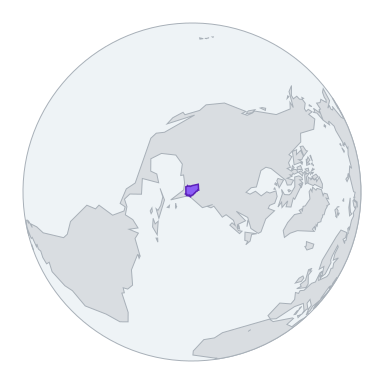 Georgia highlighted on a globe, orthographic projection, rotated 85°
{"feature_id": "USA-3543", "entity_name": "Georgia", "entity_type": "State", "adm_level": 1, "iso_a3": "USA", "parent_name": "United States of America", "parent_adm1": "", "projection": "orthographic", "projection_center": [-82.629, 32.682], "detail": "fine", "context": "on_globe", "style": "filled", "palette": "violet", "viewbox_px": 384, "rotation_deg": 85, "n_neighbors": 0, "source": "natural_earth", "source_scale": "10m", "svg_char_len": 11437}
<svg xmlns="http://www.w3.org/2000/svg" viewBox="0 0 384 384"><g transform="rotate(85 192 192)"><circle cx="192" cy="192" r="169" fill="#eef3f6" stroke="#a8b0b8"/><path d="M205.0,261.4L200.9,259.9L197.1,264.6L183.2,257.2L178.1,247.8L134.8,228.3L130.3,222.5L130.1,214.2L115.6,182.7L122.0,210.9L116.3,204.6L111.8,194.0L114.4,192.3L111.4,177.3L106.4,170.4L106.2,151.9L116.5,131.2L118.1,135.4L120.4,130.4L118.6,124.9L116.8,122.6L122.2,101.3L117.8,86.9L111.1,86.6L116.7,83.7L100.4,86.6L94.6,83.6L104.4,84.6L108.0,82.9L105.7,79.3L108.8,76.9L109.5,73.9L113.4,71.5L118.9,72.7L121.6,71.3L119.8,69.0L122.6,65.4L124.8,69.0L130.0,63.3L140.1,65.3L142.9,78.7L151.7,79.3L163.3,92.2L165.5,89.5L171.3,93.3L176.0,91.8L176.8,95.1L179.9,91.1L178.2,88.5L179.0,85.9L181.7,84.9L183.2,88.7L182.0,89.8L183.8,90.4L183.5,92.9L185.1,91.1L186.6,96.1L189.1,89.8L193.5,92.7L193.4,96.5L188.3,97.8L175.5,111.2L173.8,116.2L176.6,121.5L192.6,127.4L192.9,132.6L197.0,138.2L199.2,134.4L196.8,128.7L201.9,123.4L198.3,117.5L199.8,114.6L198.2,108.3L203.9,107.6L210.4,110.6L212.1,115.9L215.0,117.5L217.9,111.4L225.3,120.9L237.7,126.7L239.0,129.6L233.5,136.5L222.2,138.7L215.1,149.5L225.3,141.1L228.4,149.3L231.3,150.2L234.4,149.2L235.4,145.6L237.6,148.3L228.3,157.2L226.2,154.8L229.1,151.9L223.8,153.2L217.6,160.0L219.7,164.0L208.1,171.4L209.4,174.5L207.7,178.1L206.3,172.5L208.5,183.0L195.3,195.6L198.0,213.9L189.2,200.1L182.4,198.6L174.3,198.9L174.6,201.8L163.4,199.2L153.8,204.9L150.9,219.1L155.3,230.1L167.6,231.3L171.0,225.5L179.9,224.4L174.2,240.3L189.8,242.5L188.6,254.1L193.2,259.9L200.9,258.1L208.9,260.4L214.3,253.4L223.1,248.9L223.6,258.0L228.3,249.0L233.4,252.8L250.8,249.4L249.6,251.7L264.3,259.1L279.6,259.3L283.1,264.5L281.4,268.9L286.5,268.2L286.6,270.7L306.3,266.1L315.8,267.0L315.0,275.1L306.2,288.1L296.2,308.3L279.9,319.7L274.3,326.8L259.2,338.3L249.5,340.4L250.9,343.1L244.3,346.3L237.7,347.8L235.3,350.1L230.3,351.0L232.9,351.7L223.3,355.1L224.3,356.2L216.9,358.3L217.8,358.6L215.5,358.8L212.8,359.3L212.1,359.5L205.8,359.8L205.6,358.6L209.1,357.5L206.1,357.6L213.5,354.2L209.8,355.2L213.2,349.7L219.7,343.8L226.3,323.9L223.2,319.9L210.8,315.6L196.0,297.9L200.4,289.6L197.0,285.8L208.2,273.1L205.0,261.4ZM39.1,171.0L40.2,167.4L40.4,170.8L39.1,171.0ZM40.4,164.5L40.1,165.9L40.2,164.6L40.4,164.5ZM40.1,163.1L40.3,164.1L40.0,163.3L40.1,163.1ZM39.6,161.6L40.0,162.3L39.9,162.3L39.6,161.6ZM197.5,220.1L215.3,227.3L205.5,229.2L207.3,227.5L202.7,224.3L194.3,221.5L185.6,223.5L197.5,220.1ZM39.3,158.3L39.3,157.3L39.8,157.6L39.3,158.3ZM204.7,209.7L201.6,209.2L204.6,208.9L204.7,209.7ZM115.5,122.1L118.2,125.1L118.7,131.2L116.1,128.9L115.5,122.1ZM115.0,111.3L117.1,111.8L114.3,116.7L114.0,114.9L115.0,111.3ZM105.5,87.2L107.2,89.1L104.5,88.2L105.5,87.2ZM108.9,74.0L107.4,74.3L108.4,72.7L108.9,74.0ZM195.1,109.2L196.6,108.8L196.2,110.2L195.1,109.2ZM193.0,106.9L191.4,108.9L190.1,108.1L191.2,106.9L193.0,106.9ZM115.3,67.6L117.4,65.1L116.3,67.8L115.3,67.6ZM195.3,104.8L188.1,106.5L186.0,105.2L188.1,99.8L195.3,104.8ZM119.2,63.7L124.0,58.1L121.1,58.2L131.9,55.1L124.2,60.7L123.3,63.9L121.8,62.7L119.2,63.7ZM176.6,88.1L178.4,90.8L174.5,89.6L176.6,88.1ZM173.8,87.9L160.4,88.4L159.0,84.1L163.8,84.7L160.0,80.2L165.9,77.9L169.3,79.8L169.1,82.9L171.5,79.7L173.8,87.9ZM137.0,54.5L139.0,53.5L137.9,54.8L137.0,54.5ZM179.1,84.9L176.5,85.2L175.1,81.5L180.0,80.1L178.9,81.7L179.1,84.9ZM156.1,80.3L155.9,77.5L160.7,74.8L161.2,73.4L165.9,77.5L156.1,80.3ZM180.5,82.1L182.5,79.6L185.6,80.5L181.5,84.3L180.5,82.1ZM172.6,81.1L172.2,79.3L174.0,79.9L172.6,81.1ZM197.5,82.9L194.5,83.1L193.5,81.1L197.5,82.9ZM183.0,78.7L182.0,78.4L181.2,77.7L183.1,76.3L183.0,78.7ZM168.9,75.4L170.9,74.9L167.2,73.5L170.6,71.7L173.1,74.8L173.5,72.7L174.5,72.1L175.4,75.4L168.9,75.4ZM182.8,73.0L187.2,76.8L193.1,76.7L194.1,78.4L184.5,78.3L182.8,73.0ZM178.4,74.1L181.4,73.8L181.2,75.9L179.0,77.4L178.4,74.1ZM172.0,69.3L166.2,71.4L165.8,70.7L172.0,69.3ZM184.6,72.5L183.5,71.7L185.0,72.3L184.6,72.5ZM175.9,69.8L173.9,70.5L173.6,69.7L175.9,69.8ZM183.0,69.4L184.4,70.5L183.0,71.5L183.0,69.4ZM179.8,69.2L179.8,67.9L181.6,71.2L179.0,69.7L179.8,69.2ZM175.9,68.8L175.1,68.6L176.8,68.7L175.9,68.8ZM187.6,65.1L190.3,69.1L187.1,71.2L185.0,67.0L187.6,65.1ZM215.9,359.2L206.1,359.9L211.8,359.6L216.8,358.8L221.5,358.3L215.9,359.2ZM230.1,356.3L235.3,355.0L236.2,354.8L232.8,355.8L230.1,356.3ZM311.1,72.1L319.1,81.7L315.5,78.9L304.7,66.9L296.6,59.3L294.9,58.1L295.7,59.6L289.5,55.0L295.5,60.0L296.3,60.1L300.1,63.5L299.6,63.7L297.4,61.9L298.6,63.8L308.7,72.5L310.6,73.5L316.4,81.8L320.1,84.4L323.3,88.4L318.1,85.6L315.3,83.0L309.3,83.8L312.8,87.1L318.7,86.8L318.8,88.3L323.6,93.6L320.1,90.7L312.7,90.8L315.1,99.8L325.6,119.2L325.4,124.8L321.8,127.1L310.3,114.2L312.1,103.2L308.0,99.1L301.1,97.7L302.3,94.7L299.7,92.9L299.7,89.0L293.4,80.8L292.4,76.9L283.7,71.6L282.1,69.0L287.7,72.8L291.1,73.6L288.0,65.0L285.6,62.7L280.2,60.1L280.1,58.4L275.2,57.0L270.4,51.9L272.2,57.2L265.9,55.0L259.6,51.1L257.9,51.5L268.1,58.0L271.9,59.8L274.6,59.7L285.2,66.4L287.6,70.0L277.7,67.1L280.0,72.0L271.3,68.2L249.1,52.1L242.9,46.9L245.9,41.3L250.9,43.0L252.3,45.7L256.7,44.5L253.6,43.9L253.5,42.7L247.4,40.9L247.0,40.0L241.9,40.0L240.7,38.7L244.0,38.7L234.1,35.6L230.0,33.1L227.9,32.9L226.9,33.3L222.4,30.2L221.1,30.3L222.0,31.2L220.0,32.0L214.7,32.4L213.5,31.2L215.2,31.0L217.0,29.0L221.8,28.9L220.8,28.5L216.3,28.4L214.1,30.7L211.3,31.3L211.6,29.9L211.2,30.4L209.4,30.4L206.5,29.5L205.8,31.0L187.6,33.8L180.1,32.7L182.4,30.9L168.4,33.2L161.0,32.8L161.9,33.5L155.8,35.8L158.0,35.9L158.0,36.5L143.3,43.4L138.9,44.6L133.5,49.4L134.0,49.9L137.0,49.2L131.9,55.1L121.1,58.2L120.6,56.8L114.3,60.1L114.1,56.6L110.9,55.6L114.4,50.5L111.6,50.5L109.4,51.9L104.0,53.3L100.5,52.3L113.0,47.0L120.3,49.4L118.1,47.6L121.5,46.4L122.5,44.9L120.8,44.0L118.8,44.9L130.7,36.8L132.3,34.2L125.2,37.3L120.1,39.4L117.6,40.3L128.9,35.3L140.4,31.1L152.3,27.8L164.3,25.3L176.5,23.7L188.8,23.1L201.1,23.3L213.4,24.4L225.5,26.4L237.5,29.3L249.2,33.0L260.6,37.6L271.7,43.0L282.3,49.2L292.4,56.1L302.1,63.8L311.1,72.1ZM360.5,180.1L360.3,178.4L360.4,183.8L359.7,181.3L359.4,183.9L354.5,205.3L350.5,204.6L340.1,193.1L339.3,182.4L334.8,173.9L325.4,125.9L328.2,122.5L326.2,103.0L326.8,101.9L332.2,109.0L334.9,104.3L329.6,96.1L326.9,90.3L325.9,88.9L333.0,99.0L339.5,109.5L345.1,120.5L349.9,131.9L353.9,143.7L357.0,155.6L359.2,167.8L360.5,180.1ZM334.2,145.5L335.8,148.3L334.2,145.5ZM251.3,249.2L253.5,250.5L250.7,251.1L251.3,249.2ZM204.3,233.3L208.0,233.2L210.0,234.6L207.2,235.3L204.3,233.3ZM234.9,230.2L239.0,230.4L234.8,231.8L234.9,230.2ZM218.1,228.2L231.6,230.4L223.4,234.3L214.8,233.0L220.6,231.5L218.1,228.2ZM203.3,215.6L205.7,216.2L205.1,218.0L203.3,215.6ZM206.8,209.5L205.9,209.8L204.7,208.3L206.8,209.5ZM229.0,148.7L229.8,148.1L233.0,147.8L231.7,149.4L229.0,148.7ZM246.0,138.4L249.2,143.0L246.0,140.7L244.8,143.6L236.6,142.7L239.2,131.1L239.5,136.3L246.0,138.4ZM226.4,138.8L231.3,140.3L225.8,139.1L226.4,138.8ZM285.3,88.8L287.5,88.1L290.6,90.9L291.7,97.0L287.2,92.9L285.3,88.8ZM289.7,86.6L279.6,82.7L278.5,79.1L280.8,81.7L281.1,79.7L285.0,83.4L293.8,84.3L297.1,86.9L297.4,96.1L295.5,91.5L293.5,92.2L289.7,86.6ZM255.8,82.9L251.4,82.3L254.6,75.2L258.4,76.7L259.8,82.6L256.1,84.3L255.8,82.9ZM200.4,95.4L198.5,96.3L198.1,95.2L199.3,93.4L200.4,95.4ZM196.2,83.1L208.2,90.3L206.7,91.6L215.6,94.7L214.9,99.6L209.2,97.4L215.3,103.7L209.9,103.6L214.5,107.7L201.8,102.1L197.2,102.6L202.6,100.1L203.3,95.5L202.2,93.7L195.7,89.1L186.0,88.4L185.2,84.2L187.2,81.3L189.4,80.8L189.2,83.7L192.3,81.0L193.7,84.8L196.2,83.1ZM210.8,56.4L209.8,58.9L216.1,56.1L217.6,59.0L218.2,58.5L221.3,60.6L226.2,62.4L226.2,63.9L228.1,64.0L230.2,65.5L232.8,66.2L233.6,69.3L236.9,70.4L235.4,71.2L240.9,72.5L237.2,73.0L239.5,75.3L241.9,73.6L239.7,90.4L241.6,97.8L245.3,103.9L238.4,104.5L230.7,99.3L223.4,91.9L222.5,85.0L219.6,86.8L218.3,84.1L221.1,83.8L216.0,82.6L215.7,80.4L209.2,75.1L201.9,75.3L199.4,73.5L202.1,72.4L197.7,71.5L201.0,68.3L199.3,67.1L200.9,62.9L207.1,61.7L204.7,60.5L205.8,57.5L210.8,56.4ZM188.3,63.9L195.4,61.4L199.7,61.9L195.1,69.1L196.2,70.6L193.5,75.7L187.3,74.9L188.6,73.5L188.5,72.0L190.5,72.8L188.8,71.0L190.7,69.1L189.9,67.2L192.4,66.9L188.3,63.9ZM324.4,97.7L324.3,96.4L323.4,93.8L326.4,97.3L324.4,97.7ZM319.6,97.8L319.0,96.1L322.9,99.3L323.0,100.9L319.6,97.8ZM315.5,92.6L318.7,95.8L317.0,95.0L315.5,92.6ZM286.8,71.2L285.9,69.5L287.0,69.9L289.1,71.5L286.8,71.2ZM230.0,50.0L228.7,51.0L227.6,50.6L222.3,51.2L220.8,49.3L223.4,48.1L230.0,50.0ZM314.1,75.2L317.5,78.8L317.4,78.8L316.2,77.5L314.1,75.2ZM323.7,88.2L323.0,86.3L324.5,89.2L323.7,88.2ZM227.5,48.0L225.5,48.4L225.9,47.2L227.5,48.0ZM219.4,48.0L219.4,46.5L220.0,49.2L219.4,48.0ZM211.6,34.9L220.7,35.9L226.2,35.9L227.7,34.6L229.5,37.1L221.0,37.1L211.6,34.9ZM190.7,33.9L189.4,35.4L187.4,34.9L187.4,34.4L190.7,33.9ZM191.8,34.7L195.1,36.6L192.6,37.6L190.5,35.9L191.8,34.7ZM211.6,41.4L214.4,41.7L213.9,42.6L211.6,41.4ZM112.8,42.7L121.5,39.0L122.1,39.0L110.5,44.1L113.0,42.7L111.6,43.4L111.0,43.7L112.8,42.7ZM137.9,53.0L138.9,53.4L137.0,53.8L137.9,53.0ZM159.3,36.5L159.0,37.4L156.8,37.6L159.3,36.5ZM156.7,40.1L159.5,39.1L157.1,40.6L156.7,40.1ZM165.6,37.1L160.8,39.0L164.6,36.6L165.6,37.1Z" fill="#d9dde1" stroke="#a8b0b8" stroke-width="1"/><path d="M196.3,193.9L196.5,193.9L196.5,194.0L196.4,194.0L196.2,194.0L196.3,194.2L196.2,194.3L195.9,194.3L195.8,194.2L195.8,194.3L195.7,194.4L195.9,194.4L195.9,194.5L196.0,194.5L195.9,194.6L195.8,194.8L195.7,194.8L195.6,194.7L195.4,194.7L195.5,194.8L195.5,195.0L195.4,195.1L195.3,195.3L195.3,195.5L195.2,195.6L195.3,195.9L195.0,195.9L194.9,195.8L195.0,196.0L195.3,196.0L195.4,196.3L195.2,196.4L195.2,196.5L195.1,196.3L195.0,196.5L194.9,196.5L195.0,196.7L195.0,196.9L194.9,196.7L195.0,196.8L194.9,197.0L195.0,197.0L194.9,197.2L194.8,197.3L194.8,197.5L194.9,197.8L194.7,197.8L194.5,197.7L194.3,197.7L194.2,197.6L193.9,197.5L193.7,197.5L193.5,197.8L193.5,198.0L193.5,198.4L193.5,198.6L193.5,198.8L193.4,198.8L193.2,198.8L193.1,198.6L193.0,198.4L193.0,198.2L186.5,197.7L186.3,197.7L186.2,197.6L186.2,197.4L186.1,197.2L186.0,196.9L186.0,196.6L185.9,196.5L185.8,196.4L185.8,196.2L185.7,196.1L185.8,196.1L185.8,195.8L185.8,195.7L185.9,195.4L185.9,195.2L185.8,194.9L185.7,194.5L185.8,194.2L185.9,193.9L185.9,193.7L186.0,193.7L186.0,193.4L186.3,193.3L186.3,193.2L186.2,193.0L186.1,192.9L186.2,192.7L186.1,192.4L185.9,192.1L185.9,191.9L185.8,191.7L185.7,191.5L185.7,191.4L185.6,191.2L185.5,190.3L185.5,190.1L185.1,187.2L184.9,185.8L184.8,185.1L185.4,185.1L186.6,185.1L187.9,185.2L190.8,185.2L190.8,185.3L190.7,185.4L190.6,185.5L190.4,185.7L190.3,185.8L190.2,186.0L190.3,186.1L190.5,186.3L190.8,186.4L190.9,186.5L191.0,186.6L191.3,186.7L191.4,186.8L191.5,186.8L191.5,187.0L191.7,187.3L191.7,187.6L191.8,187.6L191.9,187.8L192.0,187.9L192.1,188.0L192.2,188.3L192.3,188.3L192.5,188.5L192.8,188.7L192.9,188.8L193.0,189.0L193.2,189.3L193.3,189.3L193.5,189.5L193.7,189.8L193.8,189.8L193.7,189.8L193.7,190.0L193.8,190.1L194.0,190.2L194.0,190.3L193.9,190.3L194.0,190.4L194.1,190.6L194.5,190.8L194.8,191.0L194.8,191.3L195.0,191.5L195.0,191.8L195.0,192.0L195.1,192.3L195.3,192.3L195.5,192.4L195.5,192.5L195.6,192.9L195.7,193.0L195.7,193.3L195.7,193.5L195.8,193.6L196.0,193.7L196.2,193.8L196.3,193.9L196.3,193.9ZM195.5,195.4L195.6,195.5L195.4,195.8L195.3,195.7L195.5,195.4ZM194.9,197.5L194.9,197.4L194.9,197.2L195.0,197.1L195.0,197.3L195.0,197.5L194.9,197.7L194.9,197.5ZM195.7,195.0L195.7,194.9L195.8,194.9L195.8,195.0L195.7,195.3L195.7,195.2L195.7,195.0Z" fill="#8b5cf6" stroke="#5b21b6" stroke-width="1.5"/></g></svg>